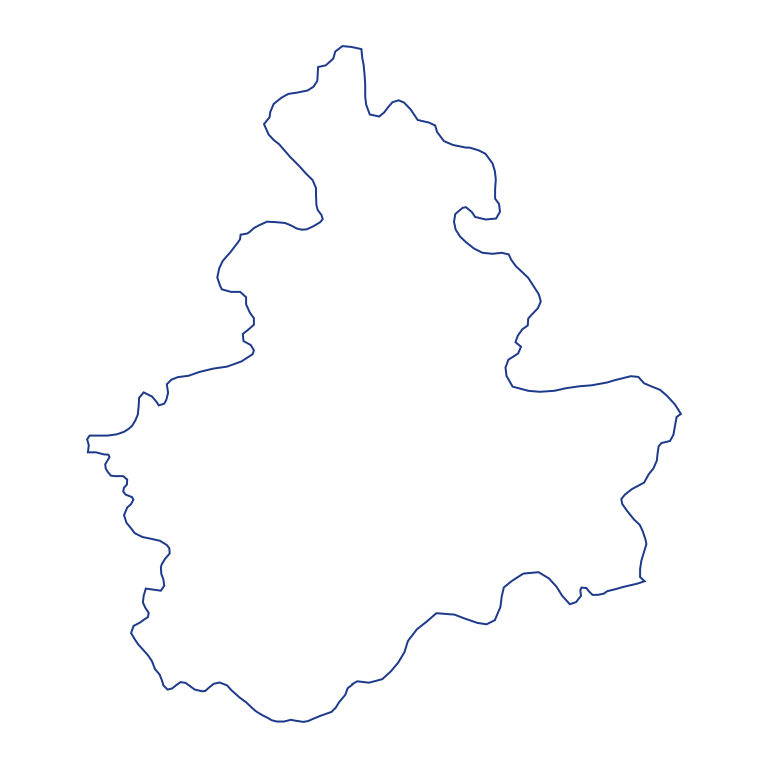 Buda-Kashalyova, Gomel, Belarus
{"feature_id": "67162791B74774527984565", "entity_name": "Buda-Kashalyova", "entity_type": "district", "adm_level": 2, "iso_a3": "BLR", "parent_name": "Belarus", "parent_adm1": "Gomel", "projection": "mercator", "projection_center": [30.535, 52.745], "detail": "fine", "context": "isolated", "style": "outline", "palette": "blue", "viewbox_px": 768, "rotation_deg": 0, "n_neighbors": 0, "source": "geoboundaries", "source_scale": "gbopen_adm2", "svg_char_len": 4147}
<svg xmlns="http://www.w3.org/2000/svg" viewBox="0 0 768 768"><path d="M143.2,603.2L145.4,607.9L148.7,612.9L147.9,617.1L144.1,619.6L139.9,622.6L133.6,625.9L131.1,633.0L134.5,638.9L138.2,644.4L142.4,649.0L148.3,655.7L152.1,661.5L155.0,669.1L159.6,674.5L162.1,680.8L163.4,685.4L167.6,689.6L172.2,688.4L176.4,685.0L180.6,682.1L185.6,682.9L191.9,687.5L194.8,689.6L202.4,691.3L205.3,690.9L209.1,687.5L213.7,683.8L219.6,682.5L227.1,685.4L231.3,690.1L239.7,697.6L246.0,702.2L252.3,708.1L256.1,711.4L262.3,715.2L267.4,717.7L271.6,720.2L276.6,721.5L284.1,721.5L290.9,719.8L295.5,720.7L303.4,721.9L308.0,721.1L314.8,718.1L321.0,715.6L331.5,711.9L335.7,707.7L339.1,702.2L345.4,694.7L347.5,688.4L352.5,684.5L352.3,684.1L357.2,681.3L369.0,682.7L382.2,679.2L390.6,671.6L398.2,662.6L404.5,652.1L407.9,641.0L417.0,629.2L426.7,621.6L436.4,613.2L454.5,614.6L463.5,618.1L477.4,622.9L486.5,624.3L494.8,620.2L500.4,607.0L501.7,596.5L503.8,587.5L511.5,581.2L523.3,573.6L538.6,572.2L549.0,578.5L556.6,586.8L562.2,595.8L569.8,604.2L576.1,602.1L581.0,595.8L580.3,590.3L581.5,587.6L586.3,588.0L589.0,591.4L592.5,594.9L597.6,594.9L603.9,593.6L607.2,591.2L616.5,588.9L623.4,586.9L632.0,584.9L637.5,583.6L644.6,581.2L640.1,577.1L640.1,569.1L641.3,560.9L646.4,544.1L645.5,539.5L642.4,530.4L639.6,524.7L634.1,519.6L627.0,510.8L622.2,503.9L621.3,499.1L625.0,494.5L631.9,489.1L644.1,482.6L648.7,474.3L653.5,468.3L656.9,460.4L657.5,454.1L658.6,446.4L661.5,443.0L670.0,441.0L673.4,434.8L676.6,417.0L680.9,413.9L674.9,404.4L666.8,395.6L660.0,389.8L651.9,386.6L644.1,383.3L638.3,376.9L630.8,376.2L614.0,380.4L607.5,382.4L591.6,385.3L579.3,386.3L566.0,388.2L554.4,390.8L539.8,391.8L528.2,390.8L512.6,386.6L506.5,375.9L505.5,367.5L508.4,359.7L518.1,353.5L521.0,346.7L515.5,342.2L517.8,335.7L522.3,329.3L527.8,325.4L528.2,318.6L531.4,315.0L537.9,308.2L540.8,301.4L538.8,294.3L528.2,277.8L515.8,266.1L511.3,259.9L508.7,254.4L501.6,252.8L492.5,253.8L482.5,252.8L474.1,248.6L466.3,242.5L460.1,236.6L455.6,229.5L454.0,221.7L455.3,214.0L462.7,207.8L466.0,207.2L472.1,212.3L475.0,216.9L485.7,219.5L496.1,218.5L500.0,211.7L499.0,203.9L495.1,198.7L495.1,189.0L495.8,179.3L494.8,170.9L492.5,163.4L485.4,153.7L478.3,150.2L469.5,147.6L466.0,147.6L453.0,145.0L443.9,141.1L437.1,132.0L435.2,125.5L429.0,122.6L417.7,120.0L410.6,109.4L404.1,102.6L398.6,100.3L392.5,102.2L388.2,107.1L384.0,112.6L379.2,116.5L369.8,114.5L366.2,104.8L365.2,96.7L365.2,84.4L364.6,75.3L363.6,64.7L362.3,58.2L361.4,49.1L351.2,46.9L342.4,46.1L335.3,51.5L333.2,58.7L325.7,65.4L318.1,67.0L317.7,74.2L317.3,80.9L313.5,86.7L307.6,90.5L297.1,92.6L288.3,93.9L281.6,97.6L273.7,103.9L270.3,111.9L269.5,117.4L266.1,121.5L264.0,124.1L268.6,134.5L273.7,140.0L279.1,144.2L290.0,156.8L298.8,165.6L306.4,174.0L312.7,180.2L316.0,188.2L316.0,194.9L316.4,205.0L317.7,210.0L321.5,215.0L322.7,219.2L320.2,222.2L313.1,226.4L306.8,229.3L301.8,229.7L296.7,228.5L290.4,225.1L285.0,223.0L276.6,222.2L267.0,221.7L259.4,225.1L254.0,228.0L249.8,231.8L247.3,233.5L240.6,234.7L240.0,239.3L238.0,242.3L234.3,247.1L230.1,252.6L226.4,256.7L222.7,261.0L219.2,268.4L217.3,277.5L219.9,285.4L221.8,289.3L231.0,291.9L240.2,291.9L246.1,297.2L246.1,304.4L250.0,312.9L253.9,318.2L253.9,324.7L248.0,329.9L242.8,333.9L243.5,341.1L250.7,345.0L253.9,350.2L252.6,354.2L241.5,361.4L227.1,366.6L213.3,368.6L199.6,371.9L188.4,375.8L177.9,377.1L171.4,379.7L166.8,384.3L168.1,392.8L166.3,399.9L164.2,403.7L158.8,405.4L156.3,401.6L152.1,396.6L143.7,392.4L139.1,397.8L138.7,405.8L137.8,414.6L135.3,420.5L132.0,425.9L128.6,428.9L124.0,431.8L116.9,434.3L107.6,435.6L100.1,435.6L89.6,435.6L87.1,439.3L88.8,445.2L87.9,452.3L95.9,452.3L103.9,454.4L108.4,454.7L109.5,457.1L107.6,460.3L105.2,464.3L105.7,468.4L107.9,472.1L110.8,475.6L114.8,476.1L123.2,476.1L127.2,479.6L126.9,484.5L124.0,487.7L123.2,491.4L125.6,494.6L132.0,497.1L133.4,499.7L130.9,504.3L127.2,507.5L124.0,515.2L126.5,522.8L132.0,529.5L134.9,533.3L142.4,537.0L152.5,539.1L160.0,540.8L166.8,545.0L169.3,548.3L169.7,553.4L165.1,558.8L161.7,564.3L160.9,567.2L161.3,573.9L163.4,579.4L164.2,585.7L160.9,590.7L151.7,589.4L145.8,588.6L143.7,595.7L142.9,602.4L143.2,603.2Z" fill="none" stroke="#1e3a8a" stroke-width="2"/></svg>